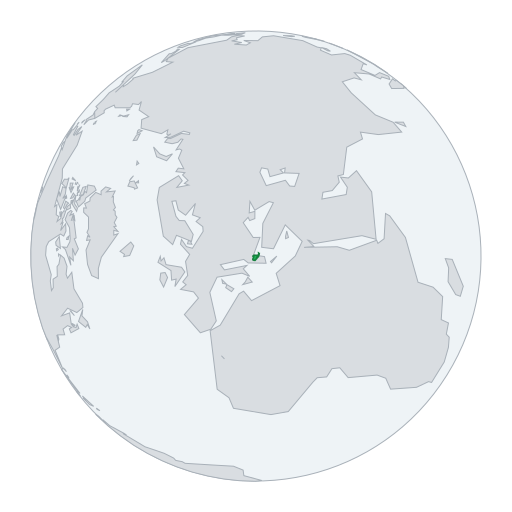 Thessalia on an orthographic globe, rotated 302°
{"feature_id": "GRC-2900", "entity_name": "Thessalia", "entity_type": "Region", "adm_level": 1, "iso_a3": "GRC", "parent_name": "Greece", "parent_adm1": "", "projection": "orthographic", "projection_center": [22.751, 39.565], "detail": "fine", "context": "on_globe", "style": "filled", "palette": "green", "viewbox_px": 512, "rotation_deg": 302, "n_neighbors": 0, "source": "natural_earth", "source_scale": "10m", "svg_char_len": 12289}
<svg xmlns="http://www.w3.org/2000/svg" viewBox="0 0 512 512"><g transform="rotate(302 256 256)"><circle cx="256" cy="256" r="225" fill="#eef3f6" stroke="#a8b0b8"/><path d="M170.8,47.4L175.2,45.9L168.8,48.4L172.5,47.3L180.7,44.3L185.3,42.7L209.2,38.9L236.7,35.5L244.9,33.7L243.5,35.2L258.6,31.8L273.2,32.0L257.0,32.5L255.6,33.2L265.6,33.3L266.3,34.1L271.6,34.9L271.6,36.1L262.1,36.9L261.9,37.9L269.0,38.0L273.5,39.7L263.0,39.3L269.7,42.4L255.2,45.6L227.3,45.7L219.4,50.4L191.2,59.0L194.0,60.0L185.1,64.7L185.0,67.8L179.9,69.0L184.3,70.5L189.0,68.9L192.6,69.1L193.0,70.9L186.4,72.6L185.3,72.0L183.5,73.5L180.1,73.6L182.0,74.6L174.0,76.8L182.4,77.5L176.5,81.6L171.0,82.4L171.0,78.5L158.4,72.6L152.9,73.1L145.1,77.2L131.7,92.2L125.8,94.8L118.3,100.9L121.7,100.9L128.8,96.2L133.4,98.3L141.6,92.9L144.6,93.2L153.2,89.7L152.5,94.4L147.1,101.2L139.9,104.6L137.3,107.9L144.6,108.4L131.7,119.0L124.0,133.9L120.6,136.5L113.1,134.0L111.9,123.9L102.2,122.8L109.0,128.1L100.4,135.4L99.2,138.7L100.0,141.3L103.4,140.4L100.6,144.2L92.8,139.8L95.3,136.3L97.7,137.5L97.1,133.1L91.8,131.1L87.8,135.5L84.0,129.6L81.1,132.8L78.7,133.7L83.5,128.8L74.7,137.8L69.6,135.6L57.5,152.5L68.8,134.1L72.4,127.5L75.8,121.6L73.8,124.1L81.1,114.1L81.4,113.6L92.0,101.5L103.4,90.2L115.6,79.8L128.5,70.3L142.1,61.7L156.2,54.0L170.8,47.4ZM36.6,204.8L36.9,203.8L36.7,207.6L34.2,217.6L36.0,212.8L34.6,221.9L35.6,236.9L34.9,238.0L35.4,263.0L40.0,282.6L41.0,293.3L40.1,296.2L42.5,302.5L42.6,305.7L56.0,330.4L65.8,348.3L67.6,358.5L63.3,362.1L68.7,379.9L64.7,375.0L56.7,361.1L49.7,346.6L43.8,331.6L38.9,316.3L35.2,300.6L32.6,284.8L31.1,268.7L30.7,252.7L31.6,236.6L33.5,220.6L36.6,204.8ZM54.4,157.3L46.2,179.6L47.7,172.4L48.0,172.5L50.7,165.5L54.7,155.9L56.9,150.7L54.4,157.3ZM57.9,154.7L59.1,151.7L58.4,154.0L57.9,154.7ZM187.2,42.0L180.8,44.2L173.1,46.9L178.3,44.8L187.2,42.0ZM201.9,38.4L199.2,39.4L195.3,39.8L198.1,39.1L201.9,38.4ZM250.6,32.5L245.3,32.8L250.2,32.3L250.6,32.5ZM272.4,34.8L273.6,34.6L275.8,35.1L272.4,34.8ZM153.1,87.4L153.1,88.5L151.5,88.5L153.1,87.4ZM156.7,84.9L154.8,84.2L156.2,82.9L157.4,83.4L156.7,84.9ZM277.8,37.6L280.9,38.8L276.1,37.7L277.8,37.6ZM158.8,86.1L159.1,80.8L161.7,78.7L168.3,78.8L158.8,86.1ZM281.6,39.6L289.3,43.1L292.8,42.7L287.3,46.4L282.6,41.9L276.1,40.4L280.7,40.5L281.6,39.6ZM190.4,67.6L185.3,69.4L189.2,66.3L190.4,67.6ZM192.0,65.6L198.8,56.6L206.5,55.1L202.6,58.2L212.3,55.4L212.7,59.1L207.5,61.5L202.4,61.6L206.4,63.0L192.0,65.6ZM283.0,48.2L283.4,49.3L281.1,48.3L283.0,48.2ZM194.3,68.9L195.0,67.1L201.7,65.6L201.5,69.1L199.4,68.4L194.3,68.9ZM214.6,53.0L219.6,52.8L221.2,55.6L223.4,56.0L213.3,59.0L214.6,53.0ZM198.1,69.7L201.3,71.0L198.5,73.4L194.1,70.7L198.1,69.7ZM203.5,63.9L206.6,63.4L204.8,64.8L203.5,63.9ZM190.3,83.4L191.0,80.9L194.5,79.9L190.3,83.4ZM202.6,71.3L203.6,70.5L205.0,69.9L206.5,71.3L202.6,71.3ZM215.2,61.0L214.9,62.3L219.4,59.8L220.9,62.2L213.9,63.9L217.5,64.1L218.0,64.8L211.8,65.5L215.2,61.0ZM212.4,71.0L204.1,74.5L202.0,79.2L198.8,80.2L202.7,72.4L212.4,71.0ZM212.6,67.7L211.8,69.9L208.2,69.8L206.5,68.2L212.6,67.7ZM224.3,63.2L223.9,59.2L225.5,59.0L224.3,63.2ZM212.5,72.3L214.6,71.5L212.8,72.7L212.5,72.3ZM221.5,65.9L221.2,64.5L222.9,64.3L221.5,65.9ZM218.9,71.2L216.2,72.2L215.0,71.1L218.9,71.2ZM220.7,68.8L223.2,68.9L216.2,70.1L220.2,68.1L220.7,68.8ZM223.2,66.0L224.2,65.4L223.1,66.6L223.2,66.0ZM225.0,75.1L216.5,76.9L213.8,74.3L222.5,72.8L225.0,75.1ZM129.4,352.7L114.9,317.6L121.5,308.2L122.4,293.7L168.3,256.7L178.4,262.3L215.0,261.7L219.6,264.1L215.8,275.9L243.6,292.1L252.0,282.3L276.8,289.3L292.9,287.4L297.9,264.3L271.4,267.0L266.4,256.2L287.3,244.5L310.4,242.5L309.1,238.3L294.2,230.7L299.1,221.9L288.9,227.4L293.3,231.4L287.1,235.2L282.7,231.9L284.6,228.8L277.5,227.5L270.2,243.8L273.9,249.5L255.6,253.3L260.0,263.5L255.2,268.4L246.0,253.1L246.6,247.4L229.8,230.4L227.5,236.6L243.2,253.3L238.4,252.0L235.4,261.4L234.0,253.2L217.4,234.2L200.7,236.1L179.9,256.7L170.0,256.5L161.4,249.5L168.4,226.3L189.8,229.5L192.5,222.1L187.7,209.7L194.6,212.0L195.2,207.6L203.3,208.4L214.1,199.1L222.2,198.9L226.0,185.7L230.6,184.0L227.1,192.1L228.9,198.0L248.9,198.1L252.7,195.3L253.5,186.9L258.9,188.4L257.2,180.3L268.5,176.8L253.3,174.7L253.8,165.7L260.4,158.8L257.8,155.7L247.2,167.1L245.4,172.1L248.2,176.9L241.0,191.3L234.2,193.5L231.4,177.6L221.5,179.3L223.7,166.9L251.2,142.4L262.9,137.7L283.1,147.8L280.7,153.6L272.2,152.5L280.5,161.4L279.6,156.8L284.1,158.3L285.8,150.8L289.0,151.5L285.1,143.4L289.3,143.5L291.7,148.6L297.8,138.4L306.4,137.0L306.2,134.4L303.6,132.0L316.2,132.2L315.5,130.4L311.1,129.5L306.8,125.4L304.2,118.3L308.7,118.8L310.3,121.3L320.4,127.8L323.8,135.1L325.4,134.6L323.5,128.5L311.2,120.5L308.3,116.2L314.6,119.1L312.1,117.7L312.1,115.8L316.3,114.4L309.6,110.9L303.5,90.8L311.1,86.8L317.3,91.2L317.8,79.5L326.3,77.0L322.2,76.1L319.7,70.6L317.0,71.2L314.8,70.4L307.1,58.0L308.8,55.8L300.8,50.6L298.7,50.2L297.0,51.4L287.3,46.4L292.8,42.7L297.3,43.5L297.8,41.1L308.0,43.6L316.6,45.0L327.5,50.0L333.4,51.1L332.8,50.1L340.5,51.3L357.9,58.3L346.1,56.9L320.3,50.0L331.0,52.9L329.3,53.7L333.5,55.8L341.0,58.1L341.5,57.4L356.9,70.8L376.3,82.7L373.3,76.9L377.1,76.6L396.5,87.8L423.5,116.8L428.8,119.0L432.9,123.1L436.6,129.8L430.7,123.8L429.4,125.4L425.5,121.3L429.5,130.8L424.1,125.4L429.8,136.0L433.8,138.2L432.3,131.4L439.6,143.5L445.2,145.3L452.1,154.2L463.4,181.5L465.6,197.2L467.1,201.0L464.7,201.6L466.5,213.5L474.7,224.0L476.2,229.6L476.8,248.8L475.9,245.0L469.8,246.3L472.2,261.2L477.0,263.6L478.7,273.3L476.6,275.9L474.4,267.7L472.2,267.8L470.3,255.5L463.6,242.3L461.2,251.9L459.0,244.8L449.5,236.9L444.8,250.4L438.9,282.4L442.1,301.4L438.3,313.9L423.8,295.4L416.4,278.9L411.7,284.3L396.4,275.3L371.4,286.9L367.3,283.0L362.7,287.5L351.9,286.0L345.5,279.0L339.2,281.7L355.9,299.9L362.7,297.0L367.7,285.8L371.1,293.0L381.6,296.0L371.7,320.1L333.8,349.0L329.4,335.1L296.9,298.2L297.5,293.1L297.3,292.6L296.9,291.6L294.7,300.1L288.8,292.2L306.9,320.0L310.3,332.1L333.3,350.0L331.3,352.7L338.5,355.5L360.7,343.3L360.9,348.1L350.9,372.9L319.6,407.3L323.4,422.7L320.5,435.8L300.2,446.8L301.2,454.7L290.6,458.8L289.5,462.9L280.5,467.6L265.9,471.8L241.8,471.9L240.9,468.9L229.7,461.7L214.4,440.7L221.1,430.8L219.2,421.8L201.7,398.6L205.6,386.3L200.7,380.1L190.9,380.0L185.2,372.4L179.2,371.1L141.2,365.8L129.4,352.7ZM153.1,279.5L152.0,283.8L153.1,279.5ZM335.5,251.9L348.9,248.8L341.6,236.2L346.1,234.1L342.0,230.8L341.0,235.3L330.7,225.8L336.0,219.9L333.7,214.0L329.1,214.9L321.1,227.4L335.8,240.8L333.2,247.5L335.5,251.9ZM35.7,237.3L35.6,241.0L35.2,238.6L35.7,237.3ZM46.2,175.1L45.3,178.4L44.2,181.4L44.6,179.6L46.2,175.1ZM42.4,201.2L42.1,205.6L41.7,202.6L42.4,201.2ZM45.3,182.9L42.5,198.0L41.8,193.6L43.9,184.3L43.4,188.4L45.3,182.9ZM55.0,158.5L54.0,161.1L53.2,162.2L55.0,158.5ZM57.5,156.5L57.6,155.9L58.7,153.7L57.5,156.5ZM100.8,135.6L101.4,136.1L101.4,139.2L99.9,138.7L100.8,135.6ZM110.9,148.0L106.1,153.8L108.4,149.2L105.3,149.4L106.4,140.2L118.9,137.4L113.0,140.1L110.9,148.0ZM111.3,128.0L109.2,133.6L111.0,127.6L111.3,128.0ZM191.0,184.3L193.8,187.7L190.9,192.4L180.7,194.1L184.8,187.1L191.0,184.3ZM198.6,191.6L198.7,176.2L205.0,175.0L201.5,178.1L205.7,178.9L201.0,184.3L207.0,198.8L204.8,204.1L187.1,203.4L194.1,200.5L190.8,197.2L198.6,191.6ZM187.7,143.6L187.9,138.2L201.5,142.4L199.8,147.0L189.5,148.6L185.4,144.1L187.7,143.6ZM170.4,88.0L169.6,86.6L171.4,86.0L173.6,86.7L170.4,88.0ZM190.3,82.3L176.0,93.9L174.3,92.8L167.9,101.6L160.9,102.1L165.3,96.3L155.2,103.6L156.4,98.5L150.0,104.0L160.5,90.9L161.2,87.1L163.1,91.1L169.4,90.6L172.3,89.2L181.2,82.8L185.7,74.8L192.7,73.5L196.5,74.8L196.4,76.5L191.9,76.7L195.1,78.8L188.5,80.5L190.3,82.3ZM236.3,96.9L231.1,95.2L236.5,102.1L229.9,102.8L230.9,103.6L226.3,106.3L222.6,111.1L219.5,110.7L219.4,112.8L216.3,114.8L215.1,117.6L209.2,118.1L207.2,121.7L205.5,119.9L203.7,126.0L202.4,121.8L198.4,124.3L201.8,127.1L173.0,125.5L161.9,128.9L153.3,134.4L152.3,127.0L159.6,117.6L171.0,108.7L181.8,106.8L179.4,104.1L183.9,102.5L183.9,105.3L186.5,100.1L190.2,99.6L200.3,93.3L201.7,86.7L205.5,84.4L206.8,86.8L209.6,83.0L214.6,86.0L217.3,84.6L225.0,86.4L225.9,92.2L228.9,90.2L234.9,91.9L236.3,96.9ZM227.1,75.7L229.6,81.9L227.2,85.5L214.9,80.9L211.6,81.8L203.6,79.5L207.2,74.4L209.2,75.5L211.9,75.4L209.7,77.0L213.5,75.7L216.4,77.2L220.1,76.7L219.9,78.7L227.1,75.7ZM224.7,259.9L228.2,260.6L233.7,260.3L231.9,266.6L224.7,259.9ZM213.1,247.1L216.3,246.5L216.5,254.6L212.8,254.1L213.1,247.1ZM217.9,239.6L216.5,245.9L215.1,242.2L217.9,239.6ZM230.0,191.4L233.4,190.5L233.8,192.5L232.0,195.4L230.0,191.4ZM251.0,119.5L248.3,117.5L249.3,116.5L247.4,110.3L252.1,109.6L255.1,113.0L251.0,119.5ZM293.5,268.8L288.9,273.7L286.4,271.9L288.5,270.6L293.5,268.8ZM259.0,271.2L267.0,273.7L258.5,272.8L259.0,271.2ZM255.8,117.7L254.4,115.2L257.6,116.4L255.8,117.7ZM255.4,108.8L259.2,109.6L252.4,108.8L255.4,108.8ZM357.1,424.2L340.2,447.8L330.1,450.6L329.1,445.8L336.0,432.5L348.0,425.7L354.1,417.9L357.1,424.2ZM478.2,293.0L477.8,295.0L478.6,290.5L479.1,287.0L478.2,293.0ZM478.5,290.9L476.6,292.7L469.9,282.3L472.4,277.7L478.6,277.9L478.3,281.4L479.4,281.9L478.5,290.9ZM480.8,271.1L480.8,264.2L480.8,257.6L481.1,254.4L479.0,224.2L479.0,223.9L480.7,239.6L481.3,255.3L480.8,271.1ZM443.0,302.6L447.6,310.1L445.2,314.4L443.0,302.6ZM475.8,207.1L478.2,219.8L475.3,205.2L475.8,207.1ZM472.8,195.2L473.8,198.5L473.2,197.2L472.8,195.2ZM469.2,206.1L469.1,210.6L468.0,208.1L467.5,201.0L469.2,206.1ZM457.3,162.1L461.5,169.3L462.9,172.5L460.8,169.8L457.3,162.1ZM294.2,111.3L291.6,120.3L292.8,127.1L298.4,131.0L289.4,129.7L287.5,119.2L294.2,111.3ZM301.9,93.1L296.9,90.2L299.7,89.3L301.2,89.8L301.9,93.1ZM298.4,92.9L291.1,93.6L288.8,90.7L295.0,90.6L298.4,92.9ZM273.5,104.9L272.4,107.6L269.9,106.4L273.5,104.9ZM474.3,200.4L473.7,197.9L473.3,196.7L474.3,200.4ZM471.8,191.5L472.7,195.3L467.6,182.0L466.7,178.5L470.9,189.6L471.6,190.6L471.8,191.5ZM433.8,120.3L431.2,117.7L429.0,114.2L431.4,117.0L433.8,120.3ZM419.4,101.9L427.5,112.5L433.6,121.9L434.1,121.4L439.7,128.6L436.4,126.3L428.6,115.6L424.9,109.6L419.7,104.4L414.2,98.0L408.3,93.4L404.4,89.6L408.5,92.1L419.4,101.9ZM405.9,91.7L393.7,83.0L391.7,79.3L393.9,80.4L400.4,85.8L401.0,87.4L405.9,91.7ZM390.1,79.9L390.7,81.5L373.8,75.3L369.8,73.2L381.5,75.2L382.7,76.9L387.1,79.4L390.1,79.9ZM285.7,49.2L283.6,49.3L284.6,48.5L285.7,49.2ZM313.4,70.9L310.6,69.6L311.9,68.5L313.4,70.9ZM303.6,65.8L304.1,67.9L301.7,65.5L303.6,65.8ZM305.7,72.9L303.5,68.7L308.3,73.1L305.7,72.9Z" fill="#d9dde1" stroke="#a8b0b8" stroke-width="1"/><path d="M255.9,254.5L256.0,254.8L256.2,255.0L256.3,255.1L256.3,255.3L256.5,255.6L256.5,255.9L256.6,256.0L256.8,256.1L257.0,256.2L257.1,256.3L257.4,256.7L257.4,256.8L257.6,256.9L257.6,257.2L257.8,257.5L257.7,257.6L257.4,257.7L257.5,257.7L257.5,257.8L257.4,257.8L257.2,257.8L256.9,257.8L257.0,257.7L257.1,257.8L257.3,257.7L257.3,257.3L257.3,257.2L257.2,257.1L256.8,257.0L256.8,256.9L256.7,256.8L256.5,257.0L256.4,257.1L256.2,257.2L256.2,257.3L256.3,257.6L256.5,257.5L256.6,257.8L256.6,257.7L256.6,257.8L256.8,257.9L256.7,258.0L256.8,258.0L256.7,258.1L256.8,258.1L257.0,258.1L256.9,258.2L256.8,258.3L256.7,258.4L256.4,258.4L256.2,258.3L255.9,258.2L255.7,258.1L255.4,258.1L255.2,258.1L255.2,257.8L255.0,257.7L254.9,257.6L254.8,257.4L254.6,257.4L254.4,257.3L254.2,257.6L254.1,257.8L253.9,257.9L253.7,258.0L253.4,258.1L253.5,258.0L253.4,257.9L253.2,257.7L253.0,257.8L252.9,257.8L252.8,257.7L252.7,257.5L252.7,257.3L252.6,257.2L252.3,257.3L252.2,257.4L252.0,257.5L251.8,257.6L251.7,257.5L251.7,257.4L251.8,257.1L251.7,256.9L251.4,256.8L251.4,256.7L251.2,256.5L251.2,256.4L251.2,256.2L251.2,255.9L251.1,255.7L251.3,255.5L251.4,255.4L251.3,255.2L251.5,255.0L251.8,255.0L251.9,254.9L252.0,254.8L252.6,254.9L252.9,254.9L253.0,255.0L253.2,254.9L253.4,254.9L253.4,254.7L253.5,254.4L253.7,254.2L253.8,254.0L253.9,253.8L254.0,253.7L254.3,253.6L254.3,253.8L254.5,253.8L254.5,253.7L254.7,253.8L254.8,253.8L254.7,254.0L254.8,254.1L255.1,254.3L255.1,254.5L255.3,254.6L255.6,254.5L255.8,254.6L255.9,254.5ZM258.8,257.7L258.7,257.6L258.5,257.4L258.7,257.5L258.8,257.5L259.0,257.6L259.1,257.8L258.9,257.9L258.8,257.7ZM259.6,257.3L259.6,257.5L259.4,257.6L259.5,257.3L259.6,257.1L259.7,257.3L259.6,257.3ZM258.1,257.6L258.1,257.4L258.3,257.4L258.3,257.5L258.2,257.5L258.1,257.6ZM260.0,256.8L260.0,257.0L260.0,256.9L259.9,256.9L260.0,256.8L260.0,256.8Z" fill="#22c55e" stroke="#15803d" stroke-width="1.5"/></g></svg>